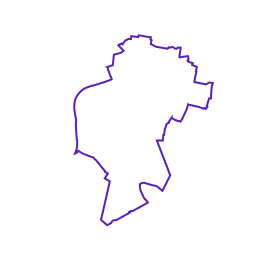 Middelburg, Zeeland, Netherlands, rotated 118°
{"feature_id": "6326949B99945652837924", "entity_name": "Middelburg", "entity_type": "district", "adm_level": 2, "iso_a3": "NLD", "parent_name": "Netherlands", "parent_adm1": "Zeeland", "projection": "albers", "projection_center": [3.627, 51.502], "detail": "fine", "context": "isolated", "style": "outline", "palette": "violet", "viewbox_px": 256, "rotation_deg": 118, "n_neighbors": 0, "source": "geoboundaries", "source_scale": "gbopen_adm2", "svg_char_len": 5019}
<svg xmlns="http://www.w3.org/2000/svg" viewBox="0 0 256 256"><g transform="rotate(118 128 128)"><path d="M177.5,126.7L177.6,124.5L180.3,124.6L183.4,124.8L183.7,119.0L199.1,114.8L221.7,108.7L222.2,106.7L223.6,100.8L219.7,98.2L219.0,98.3L218.6,98.4L218.2,98.3L217.8,98.2L217.4,98.1L217.1,98.0L216.8,97.8L216.6,97.7L216.3,97.4L215.8,96.9L215.4,96.2L214.7,95.0L201.9,86.7L201.8,87.1L201.7,87.5L201.4,87.5L201.4,87.4L201.3,87.2L201.2,87.1L201.0,86.9L200.3,86.7L200.2,86.7L199.9,86.4L199.6,86.1L199.5,85.9L199.4,85.7L199.3,85.0L184.5,75.4L183.9,76.5L183.7,77.1L183.4,77.7L182.9,79.2L182.8,79.9L182.6,80.3L182.4,80.8L182.2,81.2L182.0,81.5L181.7,81.9L181.5,82.1L181.0,82.5L180.5,83.1L180.2,83.8L178.8,85.6L177.6,87.2L176.6,88.2L174.9,89.4L174.1,90.0L173.6,90.4L173.1,90.6L172.7,90.8L171.9,91.0L171.7,91.0L170.0,89.8L169.8,89.6L169.6,89.4L169.4,89.0L169.1,88.5L168.9,88.1L168.7,87.7L168.6,87.2L168.5,86.6L167.1,79.9L166.8,78.7L166.1,76.5L166.0,75.9L166.0,75.4L166.0,74.9L166.2,73.3L166.4,72.2L166.7,71.2L166.8,70.6L166.9,70.2L167.3,68.1L149.9,68.5L149.4,69.1L149.2,69.3L148.7,70.0L147.0,71.9L146.4,72.6L144.7,74.5L144.2,75.1L135.4,85.2L135.2,85.5L134.0,86.9L133.7,87.2L132.6,88.5L130.8,90.5L125.5,96.6L124.6,94.9L124.5,95.0L123.6,93.2L122.9,91.4L117.5,93.5L117.2,92.9L112.2,94.8L112.2,94.7L106.3,95.8L105.3,95.1L105.1,95.1L104.0,94.3L103.6,94.9L98.4,94.3L98.6,94.2L98.6,93.9L98.6,93.4L98.7,92.2L98.7,91.9L98.7,91.7L98.8,91.2L98.8,90.5L98.8,90.1L98.8,89.9L98.8,89.7L98.7,89.5L98.5,89.1L98.5,88.9L98.6,88.3L98.6,88.2L98.3,87.3L98.2,86.6L97.9,86.1L97.7,85.8L97.7,85.5L97.6,85.1L97.7,84.6L96.6,84.5L96.4,84.5L93.7,84.4L93.2,84.5L91.7,84.6L91.0,84.6L90.3,84.6L89.8,84.6L89.6,84.7L88.1,84.7L86.4,84.9L84.6,84.9L83.3,85.1L79.0,85.9L79.1,85.7L78.2,83.0L76.5,76.5L76.4,76.2L76.0,74.6L75.9,74.1L75.9,73.8L75.7,71.5L75.5,70.5L75.5,70.4L75.2,70.3L74.8,70.3L74.6,70.3L74.5,70.2L74.5,69.3L74.6,68.2L74.3,68.2L73.3,68.1L72.1,67.9L72.1,68.6L63.9,70.3L63.1,68.7L62.9,68.6L61.8,69.1L60.8,69.7L60.2,70.0L57.0,71.4L55.3,72.2L52.3,73.3L52.1,73.5L50.3,73.8L49.9,73.9L48.5,74.1L49.5,77.2L49.5,77.3L53.0,79.8L53.6,82.0L54.1,83.7L55.1,87.1L56.2,90.9L52.6,92.3L46.2,94.0L46.2,94.6L41.7,95.9L42.3,100.9L40.3,101.2L40.3,101.3L40.4,101.5L40.5,102.1L40.7,103.3L40.8,103.8L40.9,104.2L40.9,104.8L41.0,106.6L40.8,107.0L40.4,107.1L39.4,106.9L39.2,106.9L38.9,107.0L38.9,106.9L38.6,107.0L38.3,107.3L38.1,107.5L37.8,107.6L37.7,107.7L37.4,107.8L36.4,108.8L36.6,109.2L39.2,112.7L39.4,113.0L39.8,113.5L40.1,113.8L40.9,114.9L41.3,115.3L41.4,115.6L41.1,116.0L40.8,116.2L40.5,116.3L33.5,118.7L33.2,118.9L32.4,119.2L32.5,119.4L33.3,121.3L33.5,121.6L34.1,121.7L34.4,122.1L34.5,122.1L35.2,122.4L35.3,122.4L35.5,122.6L35.6,122.9L35.7,123.4L35.8,123.8L35.7,124.2L35.5,126.7L35.6,126.9L35.7,127.0L36.4,127.6L36.6,127.9L37.1,128.3L37.3,128.6L37.4,128.8L37.4,129.0L37.5,129.5L37.6,129.8L37.7,130.0L37.9,130.0L38.0,130.0L38.3,130.0L38.7,130.1L39.1,130.1L39.3,130.2L39.4,130.3L39.5,130.4L39.5,130.6L39.5,130.8L39.6,131.1L39.9,131.4L39.8,131.7L39.9,131.8L42.5,139.6L43.1,141.2L43.2,143.5L43.2,143.8L43.1,144.0L43.1,145.5L43.3,147.1L43.2,147.3L40.3,148.2L39.5,148.3L39.4,148.4L39.3,148.6L39.3,149.4L39.3,149.7L39.2,149.8L38.5,150.1L38.1,150.1L37.9,150.2L37.5,150.3L37.2,150.4L38.9,155.2L39.0,155.6L39.3,156.6L40.0,158.7L40.0,159.0L40.3,159.8L41.2,162.1L41.5,162.0L42.9,161.7L45.4,168.2L47.4,167.4L48.1,167.1L48.2,167.4L48.5,168.2L48.8,168.8L49.0,169.2L49.2,169.5L49.4,169.6L49.5,169.7L49.7,169.8L51.6,171.2L52.0,171.4L52.3,171.5L52.8,171.6L56.6,172.1L56.4,173.3L57.4,173.5L58.0,174.7L58.1,174.9L59.5,175.3L61.9,168.1L63.8,169.1L65.4,170.0L67.6,172.4L67.9,172.6L69.8,174.9L73.8,173.3L79.7,170.9L79.9,171.2L84.0,175.0L84.0,174.7L84.1,174.4L84.7,173.8L84.9,173.7L85.0,173.6L85.4,173.6L85.5,173.5L85.9,173.1L86.0,173.0L86.7,171.9L87.9,170.5L88.0,170.4L88.9,169.7L89.2,169.4L90.5,167.6L92.0,165.8L92.3,165.4L92.5,165.3L93.6,166.1L95.0,167.2L95.6,167.7L97.4,169.4L98.5,170.3L99.0,170.7L99.0,170.8L100.2,172.1L101.1,172.9L102.5,174.3L103.6,175.4L105.0,176.8L105.9,177.6L106.3,178.1L106.8,178.5L106.8,178.9L111.5,183.3L111.7,183.5L112.8,184.4L113.5,184.8L113.8,185.1L114.4,185.4L116.0,186.2L116.8,186.5L117.6,186.8L118.2,187.0L119.6,187.4L120.4,187.6L121.9,187.9L122.7,188.0L123.6,188.1L124.2,188.1L124.7,188.1L125.7,188.1L126.4,188.1L127.4,188.0L128.1,187.8L128.8,187.7L129.9,187.4L132.3,186.4L134.5,185.5L135.2,185.1L136.4,184.3L136.6,184.1L138.4,182.9L139.6,182.0L140.6,181.3L142.0,180.1L144.8,177.9L145.5,177.4L146.8,176.8L148.4,176.1L149.5,175.5L150.1,175.2L150.5,175.1L151.4,174.5L153.7,173.1L155.0,172.3L157.3,170.9L162.5,167.6L162.5,167.2L166.6,165.1L167.3,164.7L168.1,164.4L168.8,164.1L169.5,163.9L170.3,163.6L170.8,163.5L172.0,163.2L173.2,162.9L174.6,162.8L175.4,162.8L175.0,162.4L174.6,162.2L174.1,161.8L173.7,161.7L173.2,161.5L172.6,161.3L172.1,161.2L171.5,161.1L171.8,156.1L171.2,150.8L171.0,148.8L170.9,148.7L170.9,148.4L170.3,144.8L171.2,142.3L171.1,141.9L176.8,128.3L176.9,128.1L176.9,127.9L177.4,127.9L177.5,126.7Z" fill="none" stroke="#5b21b6" stroke-width="2"/></g></svg>